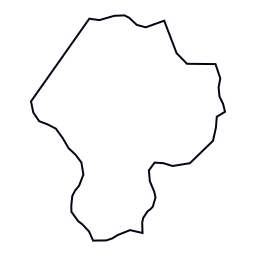 the border of Nigde
{"feature_id": "TUR-3020", "entity_name": "Nigde", "entity_type": "Province", "adm_level": 1, "iso_a3": "TUR", "parent_name": "Turkey", "parent_adm1": "", "projection": "robinson", "projection_center": [34.715, 37.878], "detail": "fine", "context": "isolated", "style": "outline", "palette": "ink", "viewbox_px": 256, "rotation_deg": 0, "n_neighbors": 0, "source": "natural_earth", "source_scale": "10m", "svg_char_len": 775}
<svg xmlns="http://www.w3.org/2000/svg" viewBox="0 0 256 256"><path d="M93.1,240.6L89.0,231.4L82.5,224.5L78.1,221.1L71.4,211.8L71.3,205.5L72.3,195.9L75.2,190.4L79.1,185.7L83.4,174.6L81.4,162.5L75.6,154.8L68.6,148.2L62.5,137.8L55.8,128.6L47.6,124.4L39.2,121.2L33.3,112.5L31.0,101.4L89.3,18.7L99.4,20.1L114.3,15.8L124.5,15.4L129.2,17.8L136.8,24.9L145.8,27.3L164.2,20.7L176.6,53.2L187.0,63.8L215.5,64.1L220.3,78.4L218.6,87.5L219.5,96.6L223.1,103.9L225.0,111.8L216.8,116.7L215.9,127.8L213.0,140.8L189.9,163.2L172.6,166.0L163.5,163.2L154.6,162.6L148.9,170.4L149.8,181.1L154.3,191.9L155.5,197.6L152.8,206.7L150.3,209.3L147.5,211.4L143.1,218.1L142.2,222.8L142.5,233.0L130.1,230.1L117.8,235.0L112.3,238.4L106.4,240.4L93.1,240.6Z" fill="none" stroke="#020617" stroke-width="2"/></svg>